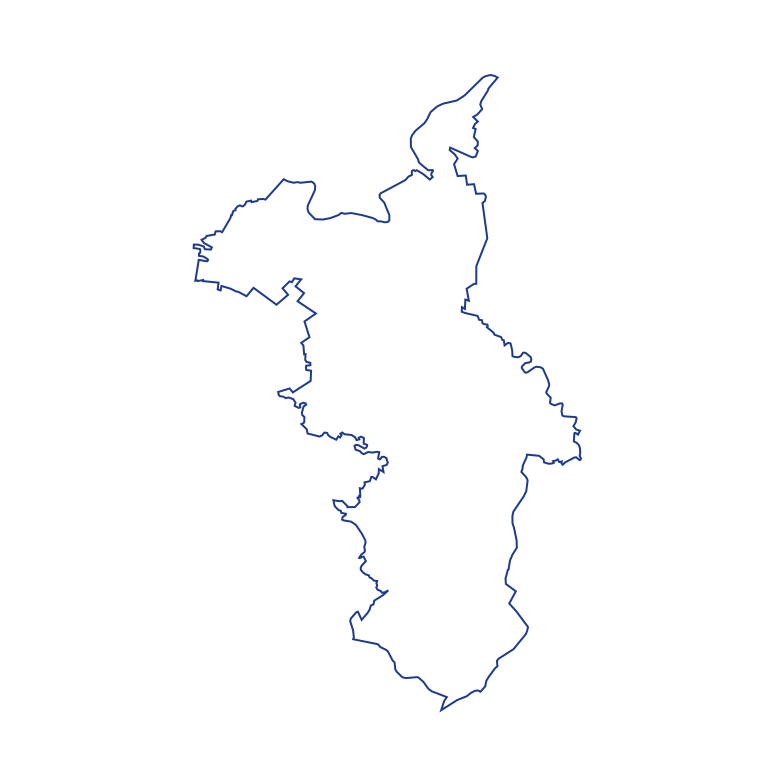 the district of Quoc Oai, Ha Noi, Vietnam, rotated 276°
{"feature_id": "81297802B41330613652559", "entity_name": "Quoc Oai", "entity_type": "district", "adm_level": 2, "iso_a3": "VNM", "parent_name": "Vietnam", "parent_adm1": "Ha Noi", "projection": "robinson", "projection_center": [105.6, 20.978], "detail": "fine", "context": "isolated", "style": "outline", "palette": "blue", "viewbox_px": 768, "rotation_deg": 276, "n_neighbors": 0, "source": "geoboundaries", "source_scale": "gbopen_adm2", "svg_char_len": 6147}
<svg xmlns="http://www.w3.org/2000/svg" viewBox="0 0 768 768"><g transform="rotate(276 384 384)"><path d="M700.6,465.0L701.9,461.9L702.4,458.7L702.0,456.0L700.3,452.0L698.7,449.9L679.5,434.1L673.5,426.7L669.0,413.5L665.7,408.0L659.3,401.9L651.8,399.2L647.7,397.0L639.0,388.7L634.2,385.9L630.9,385.0L622.5,386.0L611.0,394.4L608.5,395.3L607.2,396.5L601.2,405.6L601.8,410.0L601.3,410.5L598.1,409.0L596.6,409.3L594.9,410.8L592.1,408.2L596.8,401.2L600.0,394.3L599.0,392.8L599.8,391.4L599.6,390.3L598.6,389.5L594.7,389.8L592.9,386.7L589.0,383.9L573.2,360.6L571.3,359.8L568.7,360.4L564.4,365.3L552.6,371.6L547.3,372.2L545.5,370.8L544.9,367.8L545.4,364.1L545.2,360.5L546.7,358.7L547.9,355.4L549.7,344.3L550.6,333.5L549.2,327.3L549.7,323.7L547.2,321.0L543.3,313.1L541.2,306.1L540.7,298.2L546.6,291.2L549.8,289.7L553.3,289.5L569.5,295.0L573.1,295.0L576.1,293.7L577.7,290.8L575.4,279.8L575.7,276.7L574.7,273.1L575.6,266.8L577.2,262.9L555.0,246.8L555.4,244.2L554.5,239.4L552.8,238.9L551.0,233.3L552.5,232.7L551.0,228.1L548.0,227.0L546.1,225.4L545.8,224.3L546.6,222.1L545.5,220.0L542.7,217.9L541.4,218.2L540.2,216.0L536.1,215.2L536.2,214.5L532.7,213.8L518.0,207.1L518.8,205.1L518.2,200.6L515.0,200.1L512.7,192.1L510.8,191.3L508.3,187.5L505.4,190.2L501.9,198.5L499.6,197.8L499.3,191.7L501.9,190.5L503.2,184.5L502.8,180.3L499.3,180.5L499.0,186.8L497.3,187.5L495.1,187.3L494.3,186.3L492.1,186.6L491.9,191.1L489.7,195.6L488.7,196.1L487.5,195.1L488.1,186.8L466.9,185.6L467.6,187.2L466.9,187.9L468.5,193.2L467.4,193.2L467.5,208.9L460.7,208.7L460.0,211.7L464.5,212.1L462.7,221.7L460.5,227.5L460.6,229.1L456.9,238.1L466.0,244.2L451.6,268.8L462.7,279.3L468.6,273.1L476.2,279.4L475.6,281.8L479.7,283.7L479.4,290.7L471.9,285.8L466.0,295.0L457.3,289.4L447.0,308.9L437.9,298.4L422.7,305.0L416.3,297.4L413.9,299.8L405.1,301.5L405.5,302.8L399.6,303.2L397.8,304.8L397.4,308.5L395.0,308.8L394.0,304.7L392.2,304.6L389.8,305.3L389.6,310.1L379.4,310.7L366.1,294.2L369.7,290.6L365.0,279.6L362.2,280.4L361.0,281.7L360.8,285.7L359.6,287.7L360.6,290.5L359.5,295.3L356.1,298.0L352.9,297.4L351.3,301.7L351.9,303.2L354.8,302.5L355.4,302.9L357.0,306.0L356.4,308.2L355.3,308.8L353.3,306.4L346.7,305.3L344.5,306.0L343.0,308.2L338.1,308.7L336.8,308.2L335.5,306.0L330.9,311.9L326.8,313.2L325.0,325.5L326.5,327.9L329.4,329.7L329.5,331.1L329.3,332.6L327.1,334.0L325.7,336.4L323.6,342.3L327.2,344.1L326.2,345.9L328.8,347.2L330.0,345.8L331.4,347.6L329.9,350.1L329.9,357.0L328.0,360.8L325.3,362.6L326.4,365.2L327.9,364.4L329.2,366.8L328.1,369.7L322.6,370.0L321.7,373.6L319.9,373.5L318.7,372.8L317.8,371.2L320.5,364.8L320.5,362.4L319.3,361.1L315.7,362.6L314.8,366.9L312.9,369.1L312.1,371.1L314.7,375.3L314.6,379.9L315.8,383.9L315.7,386.4L309.3,385.9L308.6,387.5L308.9,388.2L311.3,389.5L311.6,391.7L310.4,394.4L309.0,394.5L306.4,396.0L303.8,395.1L302.1,391.1L296.4,392.7L298.8,387.8L294.5,388.1L288.3,385.9L290.2,382.7L290.3,381.1L285.9,380.1L284.1,374.9L281.7,375.5L278.5,374.0L277.5,373.1L277.8,370.9L269.8,372.2L269.3,372.1L269.9,371.0L268.5,370.9L268.3,369.6L267.7,369.6L265.6,371.7L263.8,372.0L258.6,368.0L257.7,360.5L258.7,360.4L263.4,354.6L262.8,352.3L263.1,345.8L257.7,347.6L256.6,348.6L253.8,352.1L253.4,354.2L251.4,355.0L250.9,359.8L249.5,359.4L247.5,356.8L244.8,356.5L244.1,358.2L243.7,365.6L241.0,370.7L232.7,377.7L226.8,381.6L224.5,382.3L220.1,381.4L216.0,382.5L214.7,382.1L211.9,379.2L208.5,377.4L208.3,378.2L209.9,380.5L210.1,381.9L205.9,384.5L201.3,381.0L199.2,380.1L196.8,380.3L194.3,382.9L192.7,385.7L192.2,388.8L190.1,389.9L189.5,391.8L187.4,394.6L187.3,397.8L184.9,397.3L183.0,398.3L180.8,397.6L178.7,399.1L177.8,402.4L176.2,403.8L177.0,406.7L179.3,409.9L174.0,405.2L167.5,396.9L163.7,396.6L162.4,394.1L158.1,393.3L154.6,391.6L147.1,386.4L154.8,381.9L154.1,380.3L147.1,375.4L144.5,375.2L135.5,379.1L128.8,380.5L126.9,380.0L124.6,405.0L122.0,407.9L119.7,414.1L118.5,415.8L110.0,421.4L108.2,423.6L101.3,425.1L99.1,426.8L94.3,432.9L93.8,436.5L95.9,447.3L95.7,449.0L91.8,454.4L85.3,460.2L83.3,463.8L79.2,479.2L74.8,476.9L65.6,475.0L77.4,489.9L82.1,498.9L86.1,503.0L88.5,506.8L89.0,509.7L88.0,512.1L93.9,516.3L99.5,516.8L103.6,518.7L113.0,524.2L115.1,526.3L120.5,525.3L122.8,526.7L133.9,540.6L150.1,551.2L153.4,552.2L157.4,552.6L171.4,539.7L178.8,531.5L191.6,536.8L197.9,526.1L203.2,525.2L212.2,526.6L212.5,527.2L221.9,527.8L227.7,529.6L235.0,533.2L242.1,532.3L254.7,528.3L258.7,526.4L266.1,525.5L270.6,526.0L286.6,534.6L292.3,536.7L303.0,536.9L304.3,536.4L306.8,534.6L310.9,529.8L314.2,530.6L317.6,530.6L325.8,533.4L328.7,533.6L328.8,545.7L325.8,550.6L322.8,551.4L321.9,556.1L322.5,559.4L323.4,561.1L325.0,560.2L325.8,562.8L327.3,564.7L324.7,566.4L325.6,568.9L323.7,568.8L322.4,570.1L325.0,572.4L330.9,581.2L331.2,582.8L328.8,586.4L329.2,587.3L330.5,587.7L333.0,586.1L335.7,586.4L340.6,585.6L343.5,584.3L345.7,581.7L346.7,578.8L355.0,578.5L355.4,579.6L353.9,582.2L358.0,583.8L358.9,579.8L361.8,576.8L366.0,578.7L370.1,579.1L371.1,578.1L370.7,566.4L371.3,564.7L375.4,563.4L382.1,563.9L383.2,563.3L383.2,561.2L380.6,556.1L381.5,552.4L382.6,551.1L387.9,551.2L391.4,546.9L392.8,546.2L399.2,548.4L401.0,548.3L405.1,546.7L415.8,540.5L417.0,538.0L417.1,533.7L415.8,531.4L410.8,525.7L410.0,523.8L410.4,522.7L414.5,519.3L415.9,519.4L419.7,522.5L420.4,525.7L421.6,527.7L423.6,528.0L426.1,527.1L429.5,522.0L429.9,520.2L429.5,518.9L426.1,517.1L424.7,515.0L424.5,511.2L425.1,508.9L431.1,507.9L437.6,505.6L437.8,502.9L435.0,499.9L440.0,498.6L440.3,497.0L442.9,495.5L444.6,488.7L446.4,487.7L451.3,480.3L452.7,481.2L453.9,480.5L454.0,477.1L454.7,475.7L457.7,474.7L457.8,471.9L461.5,469.9L463.1,457.1L464.0,453.8L468.6,453.5L467.1,456.6L476.5,456.1L475.7,459.7L487.4,456.2L493.0,463.1L493.3,465.3L510.8,463.5L539.8,471.5L574.4,463.0L576.5,465.2L581.0,465.8L583.0,464.7L583.9,463.0L582.8,455.7L592.1,452.7L590.9,445.8L599.9,443.5L598.5,435.5L609.9,430.7L615.9,433.7L619.7,430.4L623.5,424.9L626.0,425.1L619.0,446.7L618.7,448.8L619.9,451.5L625.6,453.0L628.1,449.6L631.0,452.2L634.8,452.0L639.0,447.5L647.1,448.5L647.9,445.8L652.1,447.3L654.8,449.9L658.9,444.8L661.7,448.6L667.7,452.9L672.0,450.5L675.5,451.2L686.8,456.7L688.8,457.0L700.6,465.0Z" fill="none" stroke="#1e3a8a" stroke-width="2"/></g></svg>